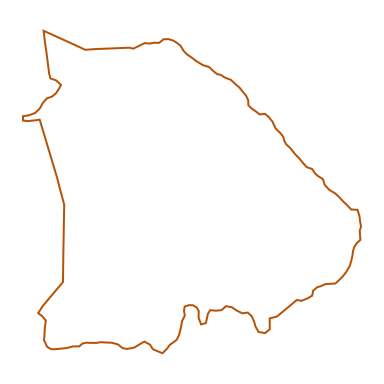 Irajuba, Bahia, Brazil (Albers equal-area conic projection)
{"feature_id": "56859067B96887846897967", "entity_name": "Irajuba", "entity_type": "district", "adm_level": 2, "iso_a3": "BRA", "parent_name": "Brazil", "parent_adm1": "Bahia", "projection": "albers", "projection_center": [-40.04, -13.225], "detail": "fine", "context": "isolated", "style": "outline", "palette": "amber", "viewbox_px": 384, "rotation_deg": 0, "n_neighbors": 0, "source": "geoboundaries", "source_scale": "gbopen_adm2", "svg_char_len": 2185}
<svg xmlns="http://www.w3.org/2000/svg" viewBox="0 0 384 384"><path d="M322.9,179.1L317.6,175.8L314.8,173.1L312.1,169.0L306.7,167.1L303.1,163.2L299.7,158.9L294.6,153.6L290.1,147.9L286.2,144.4L284.3,140.9L283.3,136.8L280.0,132.7L275.6,128.5L272.4,121.5L268.5,116.8L264.9,113.8L259.7,114.5L256.1,111.6L252.1,108.9L248.4,105.4L248.2,100.3L246.1,95.7L242.9,91.9L239.4,87.5L235.2,83.9L230.8,79.8L225.1,77.7L220.8,74.9L217.0,74.1L212.7,70.5L209.1,67.0L202.8,65.1L196.5,61.2L190.7,56.9L186.7,54.2L183.5,50.7L180.6,45.8L177.2,43.1L173.7,40.8L168.5,39.1L163.5,39.3L159.3,42.8L153.6,42.8L149.7,43.6L144.6,43.1L138.0,46.4L133.3,48.6L129.0,47.7L98.2,49.0L93.4,49.2L85.3,49.8L71.9,43.6L43.6,30.8L44.9,41.7L46.6,53.5L49.1,73.3L50.4,78.4L55.9,80.3L61.0,84.8L58.5,89.6L55.8,93.4L52.0,96.6L46.8,98.4L42.8,103.0L39.6,108.7L35.1,113.0L28.9,115.3L23.0,116.2L23.0,120.5L27.6,121.1L33.7,120.5L39.7,119.7L57.3,178.4L60.1,189.5L61.5,194.6L64.2,204.7L63.3,255.7L63.0,282.0L42.9,305.8L38.2,313.1L42.4,316.3L45.9,320.6L44.8,327.4L44.5,334.5L44.0,340.1L47.1,346.8L51.2,349.2L55.3,349.2L60.3,348.7L66.4,348.1L72.9,346.4L79.2,346.4L82.4,343.6L86.2,342.7L91.5,342.9L96.5,342.9L100.6,342.2L106.3,342.5L111.7,342.7L117.9,344.4L122.6,348.1L126.5,348.9L130.9,348.3L134.7,347.4L139.1,344.6L144.3,341.6L150.0,344.6L152.7,349.1L156.8,350.9L162.5,353.2L167.1,348.6L169.8,344.8L173.6,342.2L176.8,339.7L179.0,335.0L180.8,328.1L182.1,321.2L184.8,315.6L184.0,310.7L184.7,306.6L189.1,305.1L193.0,305.3L196.7,307.5L198.7,310.9L198.6,317.8L201.1,324.4L205.9,323.1L207.0,318.0L207.8,314.1L210.1,310.2L216.2,310.7L221.6,310.1L225.9,306.2L231.8,307.2L236.6,310.5L242.3,313.3L247.9,312.6L251.9,316.5L254.2,322.0L255.5,326.6L258.6,332.0L265.0,333.1L269.8,329.3L269.7,318.4L277.0,316.5L296.8,300.0L301.7,300.8L307.8,298.2L312.2,295.7L313.1,290.8L317.1,287.3L321.3,286.0L325.3,284.1L330.6,283.8L335.4,283.5L338.8,280.4L342.1,277.2L346.0,272.3L349.9,265.7L351.4,260.3L352.4,256.0L353.0,251.2L354.1,247.4L356.6,243.3L360.4,239.8L359.7,231.1L361.0,226.5L360.0,220.8L359.5,216.2L357.5,209.8L351.2,209.5L346.8,204.9L343.1,201.4L338.8,196.7L335.3,193.5L329.5,190.0L324.8,185.1L322.9,179.1Z" fill="none" stroke="#b45309" stroke-width="2"/></svg>